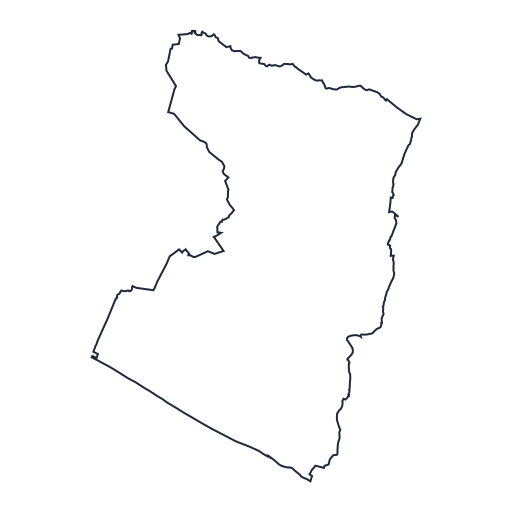 the district of Armería, Colima, Mexico
{"feature_id": "50627088B45390656969896", "entity_name": "Armería", "entity_type": "district", "adm_level": 2, "iso_a3": "MEX", "parent_name": "Mexico", "parent_adm1": "Colima", "projection": "mercator", "projection_center": [-103.991, 19.009], "detail": "fine", "context": "isolated", "style": "outline", "palette": "slate", "viewbox_px": 512, "rotation_deg": 0, "n_neighbors": 0, "source": "geoboundaries", "source_scale": "gbopen_adm2", "svg_char_len": 5871}
<svg xmlns="http://www.w3.org/2000/svg" viewBox="0 0 512 512"><path d="M420.3,118.7L416.8,119.3L406.2,114.1L397.1,107.6L386.9,99.2L386.6,99.7L385.9,100.6L385.5,100.3L384.4,98.9L383.6,97.8L382.5,97.0L381.5,96.8L380.8,95.9L379.4,93.6L376.9,92.1L369.3,89.4L368.3,89.6L367.5,90.0L366.5,90.1L365.7,89.9L364.8,89.4L363.6,88.5L362.7,87.8L361.7,86.8L360.4,85.7L358.8,85.8L357.2,86.2L354.9,86.8L353.1,87.0L351.2,86.9L349.4,86.5L347.5,86.7L343.6,87.1L341.8,87.2L339.2,88.0L337.4,89.3L336.0,89.6L335.1,89.3L333.7,89.3L332.2,88.9L330.0,88.2L329.3,88.0L328.4,88.1L326.8,88.6L326.1,88.5L325.6,88.2L324.8,85.7L324.1,84.3L324.0,83.7L322.9,82.5L322.1,80.4L321.1,80.5L319.7,80.3L318.4,80.4L317.4,80.6L316.2,80.5L314.5,79.8L312.8,78.8L311.4,77.7L310.6,77.2L310.3,76.1L308.4,73.4L306.2,74.6L297.9,68.9L296.4,67.4L295.6,67.1L294.2,65.9L292.7,63.9L289.8,64.4L287.7,64.0L284.1,63.9L281.7,65.7L279.8,66.5L275.1,65.1L271.7,65.7L270.5,65.2L269.8,64.7L269.1,65.2L268.5,65.2L266.9,66.4L265.3,65.5L264.5,64.3L264.0,63.9L262.4,63.8L260.0,63.4L259.2,63.0L259.0,62.3L259.0,61.0L260.5,57.8L258.1,57.7L255.1,57.0L254.1,57.5L252.8,57.4L252.5,57.4L251.5,57.9L251.0,58.1L249.0,57.6L248.2,56.0L243.5,53.8L240.7,51.1L238.8,50.9L234.7,51.2L234.4,51.2L232.0,50.3L231.3,49.2L230.4,47.2L230.4,46.2L226.3,47.1L218.7,41.2L217.8,38.2L215.7,37.2L214.8,35.2L213.9,34.3L212.2,35.7L211.2,36.3L208.3,36.4L206.5,35.3L205.5,33.5L202.9,32.5L202.6,31.7L202.2,31.7L201.4,33.4L201.7,34.8L201.2,35.3L197.0,34.8L194.9,33.2L195.4,32.0L195.3,31.1L195.1,30.9L194.8,30.9L194.3,31.4L193.6,31.3L192.9,30.7L191.9,31.0L191.8,31.6L192.2,32.0L191.6,32.5L191.8,33.5L191.6,33.8L189.8,33.0L187.6,34.1L178.5,34.8L180.0,38.3L178.8,44.0L172.7,44.7L172.0,48.6L170.6,48.8L168.0,61.5L165.9,64.9L166.5,70.7L176.0,86.1L174.5,89.1L168.2,112.1L174.1,113.8L184.4,126.5L200.0,140.3L204.2,141.9L205.5,142.8L205.9,143.1L206.6,144.1L206.9,147.1L208.2,149.9L209.3,152.0L218.1,159.2L221.9,161.8L224.4,166.3L223.9,168.7L222.7,171.4L223.7,173.8L228.4,177.5L225.1,181.0L228.5,189.8L228.0,191.2L227.9,197.1L226.9,199.4L229.7,204.8L233.1,208.8L234.0,210.3L232.5,211.9L232.0,212.8L229.4,215.2L228.8,217.0L226.7,218.4L225.5,219.0L224.2,219.6L222.5,219.7L222.3,219.9L221.9,221.8L220.4,221.7L217.2,226.7L217.4,230.4L217.4,232.2L221.1,232.8L215.5,236.3L213.8,236.8L223.6,251.0L214.5,253.9L207.8,251.2L205.2,252.5L195.2,257.0L193.3,257.0L192.7,256.5L190.2,255.3L189.1,255.4L188.6,255.3L188.3,255.3L188.2,255.1L189.3,254.1L185.6,249.4L185.3,250.0L183.5,250.7L182.1,252.6L179.1,249.4L169.7,256.4L166.8,263.3L157.4,281.4L154.6,288.1L153.3,290.2L136.8,287.9L135.8,287.6L132.5,286.1L132.1,286.7L132.0,288.9L131.7,289.6L130.8,290.8L129.4,291.3L128.5,290.6L126.8,290.7L126.4,291.0L125.9,291.2L124.7,291.2L123.9,291.1L122.5,290.7L121.2,290.6L120.3,291.7L120.4,292.3L120.2,292.6L118.8,294.1L117.6,294.5L117.4,295.1L116.9,296.2L116.9,296.6L117.2,297.0L117.2,297.6L115.5,298.9L115.6,299.9L115.0,300.5L107.3,319.4L97.9,340.1L96.1,345.1L95.5,345.8L94.9,347.8L93.7,350.6L93.4,351.8L95.6,352.9L96.1,353.2L97.9,354.0L96.6,357.9L93.5,356.5L92.3,356.0L91.7,357.3L98.6,360.9L103.4,363.5L108.1,366.0L113.3,369.0L122.6,374.8L127.9,378.2L135.3,382.1L144.9,388.3L149.0,390.6L154.1,394.0L157.8,396.4L162.2,398.9L167.2,402.6L170.8,404.7L176.7,408.2L183.0,412.2L201.1,422.8L211.4,428.6L236.2,441.5L249.6,446.7L259.2,451.1L263.4,454.0L267.7,456.5L267.7,455.6L268.9,456.1L270.8,457.5L270.6,457.9L271.8,458.3L274.4,460.3L278.9,464.3L282.1,466.2L282.5,465.9L283.4,466.4L285.2,467.0L288.5,467.6L288.8,467.3L291.0,467.7L292.6,468.5L294.9,470.7L300.2,475.0L301.0,476.3L302.1,477.1L307.4,479.4L310.4,481.3L312.0,475.9L309.6,474.4L311.8,470.0L315.6,465.7L324.0,467.9L324.5,465.8L328.6,464.5L329.8,459.4L331.3,457.5L333.3,455.2L336.7,454.8L337.2,454.5L337.5,452.8L337.5,449.7L337.8,445.0L338.2,442.4L339.0,439.9L339.6,438.2L339.3,432.0L339.7,431.3L340.3,429.6L339.8,428.8L338.8,426.1L336.9,419.9L336.9,417.0L337.1,413.7L339.1,410.5L339.9,409.6L340.6,409.3L342.0,406.7L342.2,406.0L342.6,403.2L342.4,400.9L343.6,398.8L345.2,399.5L347.0,398.1L348.2,396.5L348.3,396.3L348.3,395.1L349.1,395.4L348.9,393.7L349.5,391.5L349.5,390.9L349.1,390.1L349.4,390.0L349.7,387.9L349.8,384.1L350.3,378.0L350.2,375.0L349.7,373.1L349.3,372.4L348.9,369.4L348.9,367.8L348.7,365.9L348.9,364.2L348.8,363.8L349.4,363.1L349.4,362.3L348.7,361.4L348.5,360.4L348.0,359.8L347.4,359.6L347.4,359.1L347.7,358.4L349.4,357.0L350.3,355.9L351.8,354.2L352.8,352.2L352.8,350.6L352.6,348.3L349.3,343.1L347.8,341.0L346.9,339.9L347.0,338.4L348.0,336.8L351.0,335.7L354.2,335.2L356.2,335.2L357.2,335.3L359.7,336.1L360.8,336.8L360.4,335.6L361.3,334.5L364.6,334.6L366.9,334.5L368.0,334.3L369.9,333.8L371.0,333.7L372.0,333.5L372.9,332.9L374.3,331.2L376.6,329.1L380.0,327.5L380.5,327.1L381.3,324.9L381.4,324.1L381.3,323.6L381.2,323.0L382.0,322.8L381.6,318.9L381.7,318.7L382.4,316.5L383.6,314.0L383.0,311.7L383.2,308.8L383.2,307.7L382.8,306.5L383.5,305.9L383.6,304.3L384.0,302.2L385.0,299.7L385.1,298.2L385.6,296.0L386.1,295.0L386.6,292.4L388.6,288.5L388.8,287.3L391.5,281.3L393.1,278.3L394.2,274.4L394.0,272.4L393.5,270.9L393.5,266.7L393.7,263.5L393.5,261.1L393.1,260.3L393.0,259.5L393.1,258.4L393.7,255.7L391.3,255.6L390.7,256.0L390.6,255.9L390.9,254.4L391.1,251.2L391.1,249.6L390.9,248.9L389.8,247.9L390.1,245.5L387.8,244.6L388.0,243.1L389.1,241.0L389.1,240.6L389.4,240.6L390.1,239.2L390.7,236.7L390.8,236.7L391.3,236.4L391.8,235.5L393.8,229.9L395.1,227.1L395.4,225.9L396.0,224.2L396.4,223.4L396.0,220.1L394.6,218.0L395.0,214.9L398.5,216.8L392.6,211.7L390.3,211.7L389.1,212.1L390.1,205.4L390.8,197.6L392.6,198.0L392.9,196.0L393.7,195.2L393.2,193.5L392.3,192.2L392.5,188.1L393.2,186.3L393.4,184.4L393.0,181.1L393.5,177.7L395.3,174.9L395.7,172.1L398.4,167.6L401.5,163.5L404.5,153.8L408.4,145.3L409.8,144.3L411.2,139.9L411.4,137.6L412.1,136.4L411.9,135.5L412.1,133.1L414.3,129.3L417.8,124.8L420.3,118.7Z" fill="none" stroke="#1e293b" stroke-width="2"/></svg>